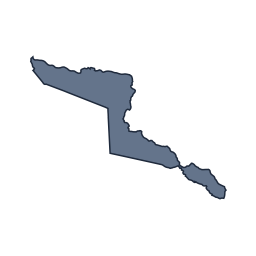 outline of Campinorte, Goiás, Brazil, rotated 98°
{"feature_id": "56859067B34787667002337", "entity_name": "Campinorte", "entity_type": "district", "adm_level": 2, "iso_a3": "BRA", "parent_name": "Brazil", "parent_adm1": "Goiás", "projection": "equal_earth", "projection_center": [-48.948, -14.012], "detail": "fine", "context": "isolated", "style": "filled", "palette": "slate", "viewbox_px": 256, "rotation_deg": 98, "n_neighbors": 0, "source": "geoboundaries", "source_scale": "gbopen_adm2", "svg_char_len": 4440}
<svg xmlns="http://www.w3.org/2000/svg" viewBox="0 0 256 256"><g transform="rotate(98 128 128)"><path d="M184.3,23.4L183.4,23.2L182.8,23.0L180.8,22.9L177.3,23.2L175.9,22.3L175.2,22.9L174.5,23.5L173.8,23.9L172.7,24.3L172.2,26.1L171.3,28.9L170.6,30.7L169.6,31.7L167.5,33.3L166.9,33.9L166.1,34.9L165.0,35.3L164.4,35.7L163.8,36.4L162.9,38.0L161.8,39.6L161.0,40.1L160.1,40.5L158.8,41.0L158.1,41.8L157.8,42.8L158.1,43.8L158.2,44.9L158.4,45.9L158.8,48.0L158.9,49.2L158.6,50.6L158.2,52.1L157.3,53.1L157.1,54.1L156.1,56.3L155.5,56.8L155.0,57.4L154.6,58.1L154.1,59.2L154.1,60.3L154.8,60.7L155.5,61.1L156.1,61.7L156.7,62.1L157.3,62.6L157.4,64.2L158.0,64.9L158.7,65.4L159.1,66.2L159.3,67.4L159.1,68.4L158.1,70.8L157.5,71.6L156.9,72.1L155.6,72.1L154.9,72.2L153.7,73.8L152.9,74.7L151.8,74.8L151.0,75.2L149.9,76.4L148.6,76.7L147.8,77.2L147.1,77.8L146.2,79.0L145.6,80.2L145.4,81.7L145.0,82.5L143.8,83.3L142.5,83.9L141.8,85.0L140.6,86.7L140.8,87.6L141.3,88.7L141.2,90.2L141.5,91.5L141.4,92.4L141.2,93.3L140.9,95.4L140.7,96.7L140.7,98.0L140.3,98.7L139.0,99.6L138.6,100.5L138.1,101.4L137.1,102.6L137.2,103.9L137.9,104.8L137.9,105.9L137.2,106.5L136.5,107.7L136.1,108.4L135.8,109.3L135.5,110.4L134.9,111.5L134.2,112.0L133.6,112.7L132.7,113.2L132.1,113.5L131.4,113.9L130.6,113.9L129.7,113.9L129.0,114.9L129.0,115.9L129.4,116.6L129.5,117.7L129.9,118.5L130.7,119.4L130.8,120.5L131.0,121.6L131.0,123.0L130.9,124.0L131.1,125.3L130.9,126.7L129.5,126.9L128.5,127.1L127.9,128.1L127.0,127.9L126.3,127.2L125.3,127.3L123.3,129.1L122.9,130.7L123.0,132.1L122.1,132.8L121.5,132.7L120.6,133.5L119.7,134.2L118.6,133.7L117.5,133.8L116.5,133.2L115.0,133.2L113.8,133.3L113.1,133.2L112.2,132.7L110.8,132.4L109.6,131.2L109.6,130.0L110.0,129.0L109.1,128.4L107.9,128.0L106.7,128.0L105.2,128.6L104.3,128.8L103.5,129.0L102.5,129.5L101.5,129.5L100.8,129.8L100.1,129.2L98.9,129.3L98.0,129.4L96.5,128.9L95.8,128.1L95.2,127.9L94.2,127.9L92.9,127.1L92.0,126.5L91.4,126.1L90.0,126.0L89.3,126.5L88.9,127.3L88.5,128.8L87.7,130.1L87.0,130.8L86.1,131.1L85.4,130.8L84.9,129.9L84.0,130.0L82.7,130.4L81.3,129.8L80.7,130.1L79.9,130.4L79.1,130.4L78.3,130.7L77.3,131.1L76.1,131.8L75.7,133.0L75.1,133.6L75.0,135.3L74.9,136.5L74.9,137.9L75.0,138.9L75.3,139.9L75.7,141.8L75.6,143.5L75.4,144.9L75.0,146.8L75.0,147.8L75.1,148.8L74.8,150.5L74.4,152.2L74.4,153.1L74.4,154.9L74.6,156.5L75.0,157.8L75.8,159.3L76.2,160.3L75.9,161.3L74.7,162.9L74.5,164.5L75.1,165.3L75.6,166.5L76.0,168.2L75.5,169.2L74.9,169.0L74.2,169.2L73.7,169.6L73.6,170.6L73.5,171.6L73.3,172.3L73.4,173.3L73.9,173.8L74.8,173.8L74.2,174.8L73.8,175.9L74.6,176.3L75.0,176.9L75.1,178.1L74.8,179.2L75.7,180.9L76.3,181.9L76.7,182.4L77.4,182.7L78.0,182.5L78.8,182.4L79.4,182.6L80.1,182.7L80.7,184.3L80.5,185.6L80.0,187.1L79.6,187.9L79.1,189.1L79.1,190.6L79.4,192.2L79.3,193.6L78.7,195.0L78.2,195.6L77.7,196.5L77.3,197.4L77.0,198.2L76.5,199.9L76.8,201.3L77.2,202.3L77.6,203.0L77.9,203.9L78.2,205.1L78.3,207.1L78.2,208.2L77.7,209.1L77.1,209.9L76.5,211.2L76.5,212.3L76.9,213.9L76.8,215.2L76.3,216.4L75.1,218.1L74.2,219.2L73.7,220.1L73.2,221.6L73.1,223.3L73.3,224.8L73.2,227.2L73.4,228.5L73.6,229.5L73.3,230.5L72.6,231.4L72.0,231.7L71.4,231.9L70.8,232.1L71.8,232.9L72.6,233.7L73.7,233.6L74.7,233.4L75.5,233.6L76.1,233.2L76.9,232.6L78.2,231.7L79.5,231.3L80.4,230.9L81.1,230.3L81.6,229.4L82.3,228.9L83.0,229.4L83.6,229.3L84.2,230.1L94.9,218.5L95.6,218.0L96.2,217.1L96.3,216.2L96.0,215.1L100.2,196.5L101.2,192.5L110.5,153.6L111.4,150.6L112.7,150.4L114.9,150.0L117.2,149.5L117.9,149.4L119.4,149.1L120.3,149.0L154.0,142.5L155.5,142.2L156.8,124.9L158.7,100.5L159.5,90.3L159.6,89.2L160.0,88.1L160.5,87.2L161.0,86.2L161.4,85.0L161.6,83.6L161.6,82.2L161.9,81.3L162.0,80.4L161.6,79.5L161.3,78.6L160.8,77.9L160.5,76.9L160.1,75.9L159.7,75.3L159.1,74.2L158.5,73.1L159.4,72.1L160.0,71.5L160.7,71.0L160.4,69.8L161.1,69.3L162.2,69.1L162.3,68.1L163.0,67.0L164.4,67.4L165.3,67.1L166.0,66.4L165.9,65.5L166.5,64.4L167.7,64.5L168.1,63.5L169.1,62.4L169.7,61.6L170.4,60.9L170.7,60.2L170.8,58.7L171.2,57.0L172.1,55.8L172.6,54.7L172.4,53.5L171.8,54.0L172.0,52.9L172.7,51.8L173.3,49.5L173.4,48.6L173.6,46.9L174.5,45.8L174.8,44.6L174.6,43.7L174.3,42.6L174.9,41.9L175.6,42.2L176.7,42.2L177.6,41.4L178.1,40.9L178.9,39.6L179.2,38.8L179.8,38.7L180.6,38.2L181.2,37.5L181.5,36.8L182.0,35.3L183.0,35.5L183.1,34.4L183.6,33.1L184.0,32.1L184.3,31.4L184.3,30.5L184.4,29.5L185.0,28.0L185.2,27.0L184.5,25.9L184.3,24.7L184.3,23.4Z" fill="#64748b" stroke="#1e293b" stroke-width="1.5"/></g></svg>